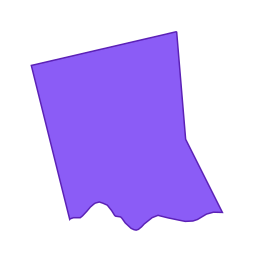 Derriere Morne, Soufrière, Saint Lucia (orthographic projection), rotated 186°
{"feature_id": "8701671B55959658835891", "entity_name": "Derriere Morne", "entity_type": "district", "adm_level": 2, "iso_a3": "LCA", "parent_name": "Saint Lucia", "parent_adm1": "Soufrière", "projection": "orthographic", "projection_center": [-61.051, 13.809], "detail": "fine", "context": "isolated", "style": "filled", "palette": "violet", "viewbox_px": 256, "rotation_deg": 186, "n_neighbors": 0, "source": "geoboundaries", "source_scale": "gbopen_adm2", "svg_char_len": 622}
<svg xmlns="http://www.w3.org/2000/svg" viewBox="0 0 256 256"><g transform="rotate(186 128 128)"><path d="M25.3,53.9L69.5,122.8L89.6,228.4L90.1,228.7L90.6,228.6L230.7,180.1L187.5,61.4L176.4,31.0L175.9,31.7L172.8,33.1L166.1,33.8L164.1,35.8L160.3,40.8L157.2,45.4L154.1,48.7L152.7,49.9L148.8,51.4L145.1,50.6L140.5,49.1L135.6,44.1L132.1,39.6L131.1,39.0L126.1,38.8L124.5,37.5L120.8,33.3L114.4,28.5L111.4,27.5L109.2,27.3L107.0,28.3L104.2,31.1L101.9,34.2L94.6,41.4L89.0,44.3L87.3,44.0L78.7,42.8L67.8,41.7L61.3,41.1L53.7,42.3L49.3,44.3L40.9,50.6L34.2,53.2L25.3,53.9Z" fill="#8b5cf6" stroke="#5b21b6" stroke-width="1.5"/></g></svg>